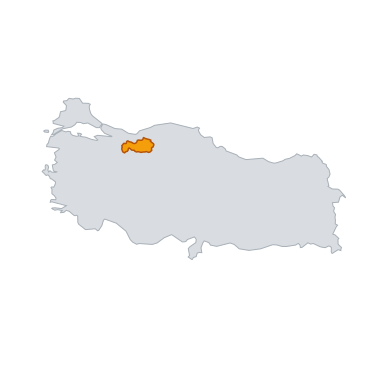 Bolu on a map of Turkey (Albers equal-area conic projection), rotated 13°
{"feature_id": "TUR-2268", "entity_name": "Bolu", "entity_type": "Province", "adm_level": 1, "iso_a3": "TUR", "parent_name": "Turkey", "parent_adm1": "", "projection": "albers", "projection_center": [31.568, 40.592], "detail": "fine", "context": "in_parent", "style": "filled", "palette": "amber", "viewbox_px": 384, "rotation_deg": 13, "n_neighbors": 0, "source": "natural_earth", "source_scale": "10m", "svg_char_len": 4636}
<svg xmlns="http://www.w3.org/2000/svg" viewBox="0 0 384 384"><g transform="rotate(13 192 192)"><path d="M285.5,131.2L290.6,132.4L292.1,130.9L296.5,130.5L300.7,131.0L302.5,127.8L305.4,127.8L306.1,129.2L307.5,129.6L312.1,132.8L311.7,133.3L312.9,134.5L316.6,135.0L317.2,136.8L320.4,139.3L322.5,143.5L322.0,146.6L320.7,148.7L323.9,155.0L323.3,156.0L328.0,157.5L333.5,156.4L335.4,157.0L341.5,161.4L343.1,163.2L339.1,161.3L337.3,163.8L337.0,169.0L331.2,170.8L332.6,174.0L334.4,175.3L334.3,178.5L334.9,179.7L336.9,181.5L337.0,184.4L338.1,187.3L338.7,190.8L341.3,191.6L340.4,193.4L338.7,201.0L338.9,201.6L340.8,201.5L345.5,204.2L344.9,205.4L346.1,210.0L350.2,212.5L349.9,214.1L350.2,215.6L347.4,215.3L342.6,220.2L342.0,220.2L341.1,218.9L340.3,214.8L338.9,213.9L337.2,213.9L334.5,216.2L331.8,216.5L329.1,216.5L321.7,214.9L319.2,216.1L316.4,215.4L311.7,221.2L310.1,221.8L309.1,219.4L307.1,218.2L304.9,220.4L296.1,223.9L291.9,224.8L286.7,224.5L282.5,225.2L271.5,232.0L260.6,236.1L250.7,236.7L244.9,233.6L240.6,233.1L228.3,239.4L222.0,239.6L219.7,237.5L214.9,236.9L214.0,239.1L213.3,244.3L215.2,248.9L212.5,249.3L210.8,250.4L210.6,254.0L208.1,255.5L207.4,257.7L207.0,257.8L202.9,256.2L203.9,254.4L201.1,248.0L202.2,245.9L207.1,240.4L206.8,237.2L204.5,235.2L198.1,239.4L197.6,241.0L196.1,242.2L193.7,242.8L181.8,238.1L175.2,242.8L169.5,249.5L165.1,252.0L152.1,254.1L149.8,255.4L145.3,254.1L142.6,252.3L136.5,245.0L125.2,239.4L113.2,238.0L112.1,239.4L111.7,245.1L109.7,250.5L108.7,251.0L106.0,249.6L96.7,252.6L88.9,248.9L87.6,247.3L86.0,241.1L84.8,240.6L83.5,241.4L82.2,241.3L76.6,238.4L73.6,238.2L71.7,240.7L68.6,241.7L68.6,241.0L69.8,239.3L65.1,239.4L62.5,240.6L59.1,239.7L59.4,239.0L62.2,238.2L68.6,237.5L72.7,233.6L57.7,233.1L56.2,233.9L56.1,231.8L57.0,230.8L61.0,230.2L60.8,228.4L58.5,226.4L55.9,225.2L54.9,220.7L53.6,219.5L53.8,218.8L56.3,218.2L57.0,214.9L56.7,212.8L52.0,210.8L50.9,210.9L49.8,209.1L47.8,207.7L46.1,208.7L41.4,205.7L42.4,203.8L43.6,203.9L43.9,202.4L43.1,199.8L43.3,198.5L44.4,198.2L45.6,198.5L46.7,200.1L46.6,203.0L47.9,204.8L48.8,203.2L51.0,204.2L55.0,203.5L55.7,202.8L52.9,202.8L51.9,202.0L49.8,197.1L52.2,195.8L54.1,193.5L50.9,191.8L51.7,188.6L49.1,184.7L53.1,180.2L52.9,179.5L51.8,179.2L40.1,180.5L40.0,178.3L41.0,176.6L41.2,172.0L41.8,169.6L44.0,169.0L46.8,165.5L51.3,161.4L55.7,161.8L57.5,160.7L60.1,160.7L60.8,162.5L63.0,163.7L67.1,163.7L69.1,162.7L67.3,160.5L69.6,160.0L71.4,160.5L70.4,162.8L70.9,163.0L76.2,162.5L81.6,163.3L87.7,163.2L88.5,162.5L84.3,160.0L87.1,158.1L88.6,157.8L101.3,156.2L101.4,155.7L93.7,154.5L89.7,151.7L88.7,150.2L89.6,146.6L90.4,145.7L93.2,145.7L102.6,147.5L109.4,146.6L116.8,149.1L123.8,148.6L125.3,147.6L127.1,144.2L137.0,138.5L140.4,135.5L155.7,129.5L178.7,129.9L182.6,127.5L185.0,128.1L184.4,129.6L184.6,131.0L187.5,134.3L191.7,136.1L197.3,134.2L199.4,134.7L201.7,140.0L205.4,143.0L207.1,143.2L209.2,141.2L211.2,140.8L214.7,142.5L216.0,144.3L227.3,145.8L229.7,147.3L237.3,148.3L253.5,143.1L259.8,145.2L265.0,145.5L267.1,144.9L273.5,141.2L275.4,139.2L279.4,137.3L284.2,133.3L285.5,131.2ZM73.1,129.4L72.6,131.8L73.5,134.4L75.6,138.2L77.9,140.2L89.0,145.5L87.3,150.1L84.4,150.8L74.9,148.2L70.8,149.9L68.0,149.3L64.1,150.0L62.8,152.8L59.9,155.8L52.0,159.4L44.4,166.9L42.3,167.8L43.4,165.2L43.4,162.8L46.7,160.2L51.2,158.4L52.4,156.7L41.4,156.4L40.5,153.9L41.7,153.5L45.5,149.4L45.9,147.7L45.8,143.4L50.3,141.2L50.7,140.3L50.2,136.0L46.3,133.4L46.4,132.2L49.4,131.2L51.2,128.4L55.4,128.1L57.5,126.8L61.2,126.2L65.5,130.1L71.0,128.9L73.1,129.4ZM38.6,166.3L34.9,166.7L33.8,166.0L35.0,164.8L37.9,164.1L38.8,165.4L38.6,166.3Z" fill="#d9dde1" stroke="#a8b0b8" stroke-width="1"/><path d="M143.8,157.1L143.3,157.3L142.8,157.8L142.8,158.9L143.4,160.6L143.1,161.1L142.5,161.7L142.1,162.5L140.8,163.2L138.6,162.9L137.9,163.1L137.2,163.6L135.4,164.0L134.2,164.6L132.9,164.9L130.9,164.8L130.3,164.9L128.8,165.5L128.3,165.4L127.8,165.2L127.3,165.2L127.0,165.0L126.4,164.4L123.7,164.7L122.3,163.8L120.8,163.3L120.4,163.8L120.2,164.6L120.3,165.8L119.8,166.9L118.5,167.6L117.5,169.0L116.4,168.8L115.5,168.4L114.9,167.6L113.9,165.9L113.7,164.9L114.0,164.2L113.6,163.4L113.3,163.0L113.2,162.5L113.4,162.3L113.6,162.1L114.1,160.8L114.8,159.8L115.9,159.9L116.9,159.4L117.1,158.8L117.0,158.1L117.0,157.4L118.0,156.6L119.3,157.1L121.9,157.1L123.7,157.8L125.3,157.7L126.5,156.7L127.1,155.2L127.1,154.1L127.9,153.5L130.0,153.2L131.5,152.8L132.2,151.9L132.5,150.0L133.7,150.1L134.6,150.4L138.1,150.5L138.8,150.5L140.2,150.8L140.1,151.4L140.1,152.0L140.5,152.2L141.0,152.3L141.7,152.8L143.6,153.6L144.2,154.7L144.1,155.3L144.1,155.6L144.1,155.9L143.8,157.1Z" fill="#f59e0b" stroke="#b45309" stroke-width="1.5"/></g></svg>